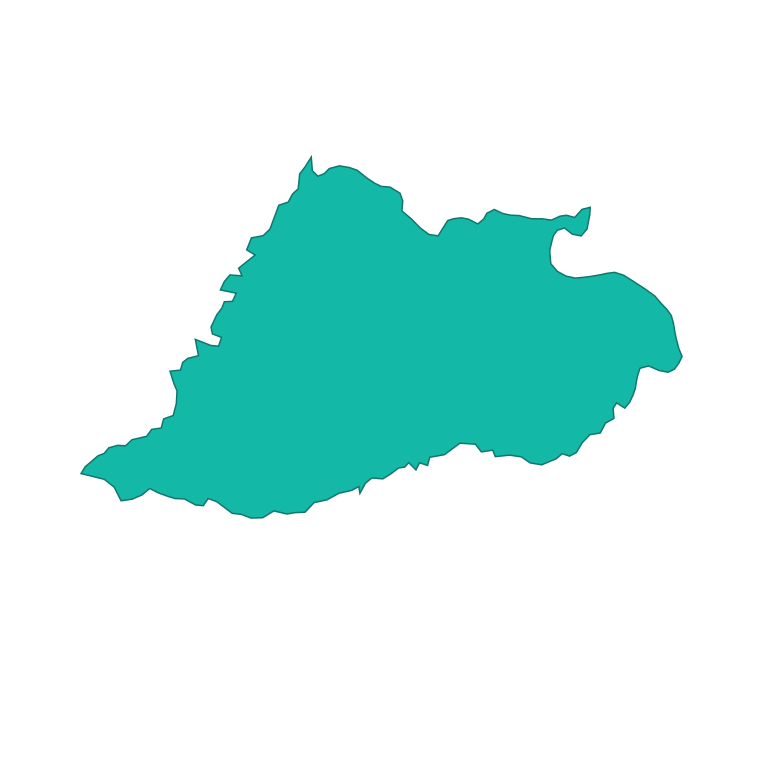 São Marcos, Rio Grande do Sul, Brazil (Natural Earth projection), rotated 132°
{"feature_id": "56859067B15820019194660", "entity_name": "São Marcos", "entity_type": "district", "adm_level": 2, "iso_a3": "BRA", "parent_name": "Brazil", "parent_adm1": "Rio Grande do Sul", "projection": "natural_earth1", "projection_center": [-51.072, -28.957], "detail": "fine", "context": "isolated", "style": "filled", "palette": "teal", "viewbox_px": 768, "rotation_deg": 132, "n_neighbors": 0, "source": "geoboundaries", "source_scale": "gbopen_adm2", "svg_char_len": 2451}
<svg xmlns="http://www.w3.org/2000/svg" viewBox="0 0 768 768"><g transform="rotate(132 384 384)"><path d="M114.7,349.0L121.7,353.7L132.6,353.7L136.5,361.3L141.5,365.5L150.1,369.2L155.2,376.7L162.5,385.0L168.4,396.3L173.9,403.0L177.9,410.0L180.5,418.8L188.3,421.8L194.7,420.3L202.3,421.4L204.9,431.4L208.7,437.7L214.6,442.9L219.8,446.0L228.3,444.6L237.7,442.9L242.8,450.7L243.8,461.7L243.0,474.0L243.4,486.4L235.5,492.5L231.5,499.7L233.6,511.2L239.0,518.3L241.0,525.1L242.4,534.7L243.1,547.0L246.3,554.6L251.7,563.1L260.5,568.8L267.8,569.2L273.8,572.2L273.5,579.9L264.0,589.9L275.7,587.9L284.2,587.3L296.3,578.4L304.0,579.1L312.9,576.9L321.5,581.8L345.2,572.4L354.7,573.1L364.1,580.3L376.2,575.8L374.4,566.1L395.2,569.5L398.6,561.9L406.1,571.5L414.8,571.2L423.6,568.5L415.4,554.6L424.0,551.9L429.7,557.7L435.9,555.3L444.4,554.6L457.4,550.7L461.6,545.0L458.1,535.9L466.6,532.3L471.3,538.6L477.1,554.1L487.1,540.8L496.3,547.0L502.6,548.0L509.9,544.6L517.7,551.6L524.4,540.1L527.6,533.2L537.7,525.1L548.5,519.6L557.4,524.4L565.8,520.1L573.2,526.3L581.7,525.4L594.0,534.0L602.9,534.7L607.7,540.8L615.5,545.8L622.7,545.5L628.8,548.5L645.6,550.7L653.3,549.2L642.0,528.1L641.2,515.4L646.7,501.2L638.0,494.0L628.5,489.7L618.4,488.2L615.8,478.6L612.1,469.4L608.9,462.6L602.9,455.3L600.0,443.1L595.4,436.9L586.7,438.0L583.3,429.2L581.7,410.3L576.3,402.7L572.6,393.1L564.6,384.7L552.0,380.9L545.6,369.2L539.1,364.0L532.1,356.9L518.9,356.6L508.3,348.9L495.4,344.4L484.6,336.8L477.1,334.1L481.4,328.7L470.3,331.4L462.0,330.2L455.3,321.4L445.8,318.7L436.8,317.0L431.8,313.0L425.9,313.0L426.5,302.8L418.8,304.9L415.4,297.1L407.9,301.0L396.1,291.8L377.2,288.0L367.6,275.8L369.3,266.2L360.4,258.9L363.5,252.7L352.8,243.0L346.2,233.1L344.9,222.7L338.5,212.7L324.0,205.9L316.5,205.0L313.5,197.9L306.3,195.2L294.9,197.4L283.9,197.1L275.7,190.5L264.8,193.2L255.7,190.1L248.8,197.4L242.4,198.6L240.8,188.9L232.9,189.3L225.4,191.6L219.0,194.3L213.7,197.9L207.9,201.2L201.0,204.3L193.5,199.4L189.9,188.6L185.2,180.8L178.8,178.1L170.9,178.9L164.0,181.0L160.6,188.3L154.9,197.0L151.0,202.3L145.3,209.4L140.9,216.3L139.3,223.6L138.6,232.7L137.4,241.5L138.7,253.5L140.6,265.7L142.8,278.7L146.7,287.3L153.0,292.7L158.6,296.7L166.3,302.8L171.3,307.2L177.4,312.8L182.0,320.9L184.3,330.5L183.0,340.5L173.9,350.2L166.6,354.2L160.5,357.4L153.8,358.1L147.3,354.2L146.7,344.4L142.1,336.6L133.0,336.8L120.4,344.4L114.7,349.0Z" fill="#14b8a6" stroke="#0f766e" stroke-width="1.5"/></g></svg>